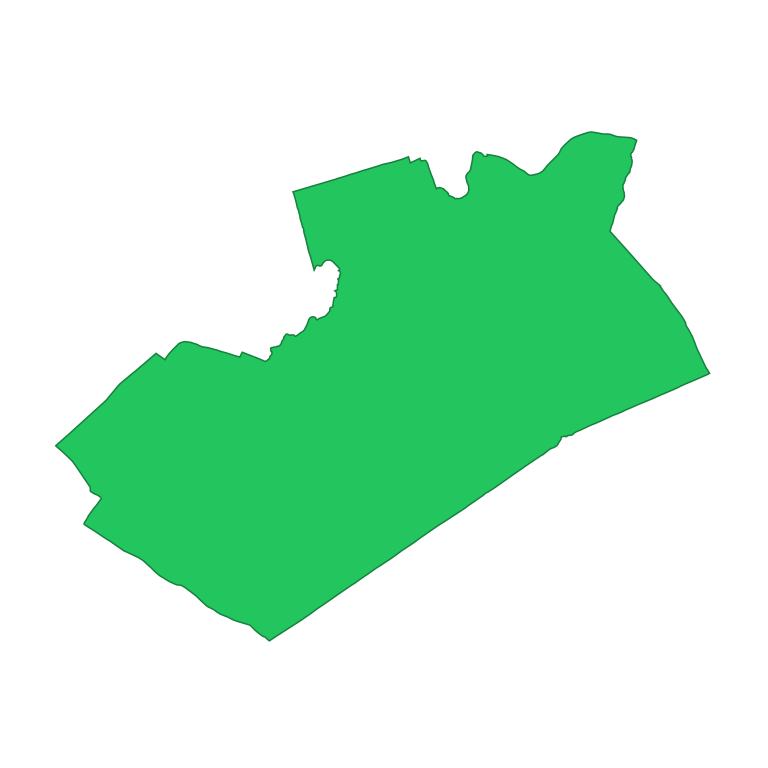 outline of Icoana, Olt, Romania, rotated 273°
{"feature_id": "2599482B73230890802840", "entity_name": "Icoana", "entity_type": "district", "adm_level": 2, "iso_a3": "ROU", "parent_name": "Romania", "parent_adm1": "Olt", "projection": "orthographic", "projection_center": [24.708, 44.406], "detail": "fine", "context": "isolated", "style": "filled", "palette": "green", "viewbox_px": 768, "rotation_deg": 273, "n_neighbors": 0, "source": "geoboundaries", "source_scale": "gbopen_adm2", "svg_char_len": 6151}
<svg xmlns="http://www.w3.org/2000/svg" viewBox="0 0 768 768"><g transform="rotate(273 384 384)"><path d="M418.0,704.2L436.3,694.4L442.5,691.8L447.9,689.2L454.5,685.2L457.4,683.1L458.9,682.4L461.2,681.8L462.4,681.1L467.0,678.0L479.7,667.4L482.0,665.7L487.0,662.1L492.0,657.6L493.6,656.6L495.6,654.9L496.3,655.1L501.2,648.6L503.8,645.7L529.3,620.7L548.3,601.7L554.3,603.0L556.2,603.9L564.8,605.5L568.1,606.8L571.4,607.9L572.1,607.6L572.6,607.8L573.9,608.3L575.5,609.8L577.8,611.6L578.3,611.8L579.7,613.1L580.3,613.4L582.6,614.1L584.6,614.3L586.0,613.9L587.0,613.9L588.0,613.7L591.1,612.4L591.8,612.6L593.6,612.2L594.7,612.2L596.3,612.7L597.0,613.2L597.5,613.1L600.3,614.4L602.2,614.3L607.1,617.1L607.2,617.6L608.6,618.4L612.7,618.9L614.1,619.6L615.1,619.8L618.9,620.2L621.2,619.8L621.6,619.5L622.4,619.3L623.0,619.4L624.9,618.6L625.9,618.3L628.1,619.2L628.6,620.0L630.2,620.6L631.2,621.2L635.7,622.2L640.5,623.6L642.0,620.6L642.9,617.3L643.0,613.5L643.1,605.1L643.4,603.0L645.2,596.8L645.4,594.5L645.1,591.1L645.3,588.4L646.2,581.7L646.5,577.9L646.3,576.3L645.7,574.1L642.9,566.8L641.2,562.9L639.8,560.2L638.1,557.7L632.4,552.1L628.4,548.8L625.0,547.4L622.2,545.9L610.8,535.6L607.7,533.5L604.9,531.3L603.0,528.7L601.9,526.5L600.4,521.2L600.1,519.6L600.3,518.0L600.9,516.7L603.7,513.1L605.5,509.1L607.3,505.8L610.7,501.0L614.4,494.7L615.4,492.0L616.9,487.2L617.5,484.1L618.0,480.7L618.6,475.0L617.0,475.4L616.7,474.1L616.7,472.2L617.1,471.6L618.7,470.2L619.5,469.1L619.9,468.3L620.2,466.6L620.7,465.0L620.7,464.2L619.9,463.0L617.7,461.2L616.6,460.7L611.9,460.5L602.6,459.1L600.7,458.2L599.3,456.8L597.9,455.8L596.0,455.0L595.2,454.9L594.1,455.1L590.1,456.2L586.6,457.9L585.7,458.2L582.3,458.5L580.1,458.1L578.3,457.2L577.1,456.2L576.3,455.2L573.9,451.7L573.3,450.3L573.0,448.7L573.1,447.2L572.8,445.9L572.8,445.5L572.9,445.2L573.4,444.7L574.3,442.9L575.4,439.7L575.8,438.8L576.5,438.4L577.7,438.3L578.0,437.8L579.6,436.2L580.6,434.7L582.1,433.1L582.1,432.5L582.6,431.4L583.0,429.9L583.0,428.9L582.7,427.5L581.7,426.3L582.9,425.6L588.0,423.4L590.2,422.8L592.1,421.8L593.6,421.2L595.3,420.3L598.3,419.1L600.4,418.1L606.9,415.8L609.2,414.0L609.4,413.5L609.5,412.9L608.7,409.7L608.8,409.4L609.5,408.8L611.3,408.2L606.2,398.7L612.2,396.5L609.7,391.2L605.5,379.4L603.1,370.8L601.6,367.3L597.1,354.9L596.4,352.7L594.9,348.7L593.6,345.6L591.7,339.9L589.7,334.9L588.2,330.9L586.7,326.5L585.9,324.8L571.1,283.0L568.9,284.1L562.4,286.3L554.7,288.5L554.0,289.1L547.4,291.2L545.2,291.5L539.4,293.6L536.5,294.4L535.7,295.1L534.1,295.7L532.3,295.9L530.2,296.4L524.4,298.4L512.2,301.9L508.5,303.5L494.1,308.3L498.4,310.1L498.9,311.3L498.9,312.5L498.8,313.0L498.5,313.4L498.3,313.9L498.8,315.1L499.7,316.0L501.6,316.7L503.6,318.6L504.1,319.2L504.5,320.1L504.7,320.8L504.9,322.1L504.7,324.5L504.2,325.3L503.9,325.7L503.2,327.1L502.7,327.4L497.2,333.3L496.4,333.6L495.1,333.1L494.8,332.7L494.5,333.8L492.3,334.9L490.5,334.1L487.7,333.9L487.2,333.3L486.7,332.5L486.5,332.4L486.1,332.5L486.6,333.3L480.9,333.0L480.8,332.3L475.7,332.5L474.5,330.0L473.9,330.9L473.2,331.5L472.7,331.7L471.0,332.0L468.8,332.0L468.1,331.2L467.7,330.3L467.7,329.7L464.2,329.2L459.5,328.8L458.5,328.9L458.1,328.1L457.9,327.3L457.1,326.2L455.6,325.9L454.1,326.1L450.4,323.4L448.9,322.0L448.4,321.3L446.2,316.1L445.6,315.2L444.7,314.2L444.6,313.7L444.8,313.1L446.6,312.2L447.0,311.6L447.3,310.7L447.4,309.6L447.2,308.4L446.8,307.5L446.3,306.8L445.4,306.0L439.3,304.0L434.5,301.9L433.4,301.3L431.9,299.7L431.1,298.3L428.2,295.0L427.3,293.6L427.0,293.1L427.1,292.7L428.1,291.6L428.3,290.8L428.0,287.6L427.8,286.9L428.8,284.9L428.6,283.6L425.6,281.6L425.2,281.4L423.9,281.4L421.8,280.1L420.4,279.5L419.1,279.2L418.0,278.8L416.8,277.6L416.2,276.7L416.0,275.1L415.2,273.7L415.1,273.1L415.2,272.3L414.7,271.0L414.3,269.5L413.9,269.0L413.5,268.9L411.2,269.3L410.7,269.5L410.4,269.8L410.4,270.2L410.2,270.4L409.1,270.5L407.5,270.3L406.1,269.0L405.3,268.6L403.7,268.5L403.3,268.2L402.9,267.4L401.0,265.7L400.8,265.1L400.3,264.2L402.3,258.9L408.3,240.8L403.4,238.5L404.4,234.0L406.9,224.5L408.1,218.9L409.0,216.1L409.4,214.0L411.0,206.8L411.7,200.2L412.5,197.9L413.7,195.4L415.4,188.9L415.7,186.3L415.9,183.2L415.8,182.3L414.8,179.1L413.6,177.0L407.6,171.6L403.2,167.9L398.8,165.0L396.8,164.1L401.1,157.1L402.7,154.8L384.4,135.6L380.5,131.2L370.2,120.2L367.6,118.1L353.1,107.3L317.5,72.0L305.2,59.4L304.6,60.0L299.6,66.4L293.1,74.0L290.6,76.8L285.7,80.8L277.5,87.0L274.9,88.9L266.5,95.3L265.2,96.1L262.3,96.2L261.7,96.4L261.2,96.8L259.3,100.1L258.4,102.8L257.7,104.3L256.3,106.5L255.6,107.2L254.6,107.8L253.3,106.6L248.8,103.8L243.6,100.0L236.7,95.6L234.4,94.7L229.7,92.0L229.2,91.8L228.2,91.9L225.3,96.7L223.1,100.8L215.7,113.2L214.0,116.1L213.0,118.3L210.7,121.8L203.9,132.8L198.1,147.2L195.7,151.7L194.7,153.2L191.2,157.3L188.8,160.4L184.7,165.0L181.5,169.1L180.4,170.8L178.4,174.7L177.7,175.7L175.5,180.0L173.3,185.4L172.6,187.6L172.5,190.6L172.3,192.1L172.0,192.8L169.8,196.8L162.5,207.5L157.8,212.8L153.0,218.7L152.4,219.7L149.6,226.1L147.6,228.9L145.5,232.8L143.0,240.4L140.6,245.6L139.7,248.5L138.8,251.9L136.2,262.7L135.6,263.5L131.3,268.2L128.8,271.5L126.0,275.7L125.6,276.4L125.0,278.5L122.4,281.6L121.5,283.0L125.9,288.8L142.8,312.3L151.3,323.4L156.4,329.5L161.0,335.7L173.8,352.1L181.4,362.1L183.8,365.6L187.1,369.6L193.3,377.7L199.3,385.3L202.1,389.3L211.1,401.5L218.3,410.2L227.4,422.5L231.0,426.8L236.3,433.5L246.3,446.6L250.2,452.2L264.2,471.3L266.7,474.2L277.3,488.0L279.1,490.0L280.8,491.8L281.0,492.6L281.4,493.3L287.0,501.0L300.1,517.6L311.9,532.8L320.3,544.0L321.5,545.8L321.6,546.3L327.2,552.5L328.6,554.8L329.4,556.9L331.0,559.3L332.1,560.4L334.8,561.7L337.7,563.4L338.4,563.7L339.3,563.7L340.5,564.0L340.7,564.6L341.3,567.4L341.3,567.9L340.9,568.3L340.8,568.6L341.4,569.3L341.6,569.8L341.9,570.0L342.2,570.7L342.4,571.4L342.5,572.9L343.2,575.0L345.0,576.4L346.4,578.6L348.4,582.8L353.2,591.7L356.9,599.6L364.6,614.3L367.2,620.3L371.1,627.5L373.3,632.1L376.2,637.7L383.8,653.8L387.2,660.2L389.7,665.5L395.6,677.3L397.6,680.7L399.9,685.2L401.8,689.2L410.5,706.7L411.5,708.4L411.6,708.6L415.2,706.2L416.5,705.1L418.0,704.2Z" fill="#22c55e" stroke="#15803d" stroke-width="1.5"/></g></svg>